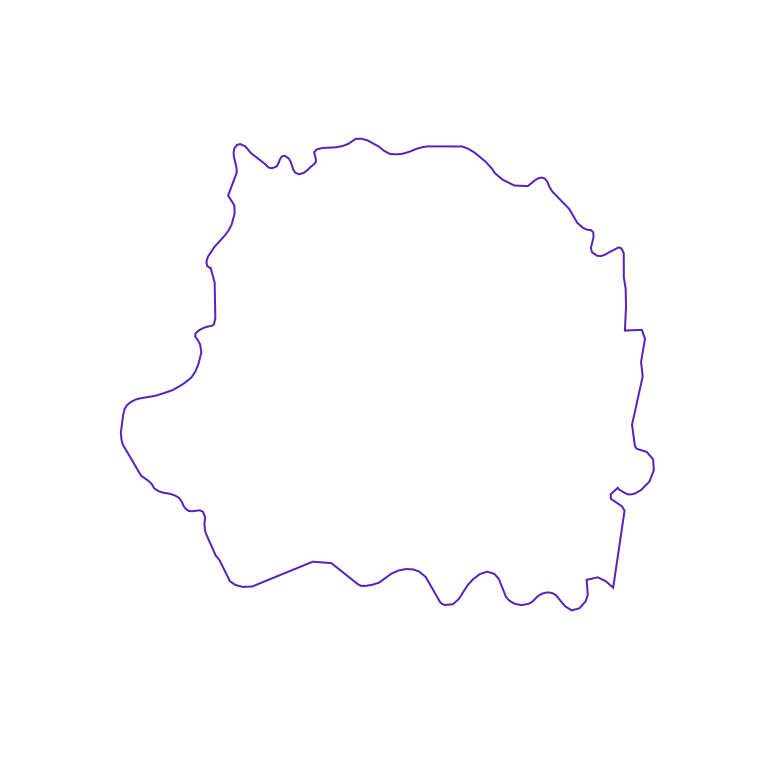 an SVG outline of Sarthe, rotated 253°
{"feature_id": "FRA-5340", "entity_name": "Sarthe", "entity_type": "Metropolitan department", "adm_level": 1, "iso_a3": "FRA", "parent_name": "France", "parent_adm1": "", "projection": "mercator", "projection_center": [0.286, 48.027], "detail": "fine", "context": "isolated", "style": "outline", "palette": "violet", "viewbox_px": 768, "rotation_deg": 253, "n_neighbors": 0, "source": "natural_earth", "source_scale": "10m", "svg_char_len": 2854}
<svg xmlns="http://www.w3.org/2000/svg" viewBox="0 0 768 768"><g transform="rotate(253 384 384)"><path d="M122.2,543.6L130.5,538.5L136.6,532.0L137.5,520.5L123.0,517.3L117.3,513.4L112.4,505.3L112.6,497.3L118.5,492.2L131.9,486.6L134.3,484.4L136.1,481.7L137.1,478.2L137.3,473.9L136.3,469.5L132.6,462.5L131.5,458.3L132.3,450.9L135.5,444.9L140.0,440.6L144.8,438.4L164.1,436.8L170.2,434.0L174.4,427.7L174.2,420.0L171.2,412.1L167.4,405.4L156.6,392.8L153.2,385.5L155.0,377.2L157.0,375.0L159.3,373.8L187.2,367.5L194.3,362.8L198.2,357.6L200.6,350.9L201.4,343.4L200.5,335.7L195.5,321.3L195.4,314.6L196.3,307.4L197.6,303.2L200.0,300.6L228.1,281.3L234.9,263.9L228.9,198.8L231.2,189.7L235.2,183.2L240.4,179.0L263.6,175.2L269.1,172.9L292.9,170.0L297.0,170.1L302.0,171.2L309.1,174.0L314.8,173.5L317.1,170.9L318.4,163.3L319.7,160.2L322.2,158.2L324.4,157.2L327.1,156.5L330.2,156.3L334.5,154.9L336.4,153.5L338.7,151.2L341.6,147.2L344.5,141.3L347.3,137.2L351.3,133.8L356.4,132.6L360.5,130.2L367.3,124.9L402.5,116.5L408.0,116.8L414.3,118.1L431.1,125.7L436.0,128.7L438.9,132.0L441.0,137.3L441.7,141.8L441.6,146.4L439.5,162.5L439.9,179.5L441.5,187.4L443.3,193.6L446.5,201.6L450.7,206.9L456.8,212.0L467.6,218.6L475.7,219.7L481.0,218.6L484.6,217.3L487.6,218.7L489.7,223.6L490.4,227.9L490.5,231.6L490.0,236.8L490.8,238.9L496.4,242.0L530.5,251.7L545.5,252.2L546.1,251.3L546.9,250.6L548.5,249.5L552.5,249.8L557.2,252.8L564.4,261.5L572.8,275.6L576.6,280.6L580.9,284.8L590.5,290.9L598.7,293.1L609.8,290.0L629.3,305.0L633.5,306.1L645.9,307.0L649.7,308.0L653.1,309.9L655.6,313.2L655.5,316.7L651.6,321.0L643.8,324.2L629.3,334.5L624.7,337.0L623.1,339.8L623.4,344.8L626.0,347.7L629.1,350.0L631.4,352.7L631.3,355.8L627.6,358.8L623.6,359.8L615.4,359.9L612.0,361.0L609.5,363.8L609.3,368.8L611.0,373.4L613.2,377.7L614.5,381.1L616.3,383.8L619.3,384.6L626.2,385.0L628.1,388.5L627.6,394.6L624.4,407.1L623.7,414.2L624.1,420.3L626.7,428.5L625.3,433.8L621.8,439.5L612.4,448.6L606.9,452.3L602.3,456.9L600.0,463.0L598.8,468.6L598.7,473.5L598.8,478.0L599.3,482.2L599.4,487.0L599.1,491.3L598.4,495.5L588.3,528.2L584.4,533.2L578.8,538.3L567.1,546.0L558.2,550.3L557.3,550.5L553.0,551.8L544.7,557.2L535.7,566.7L531.2,579.4L534.2,586.7L534.6,587.6L535.6,591.3L535.4,594.9L533.6,597.7L529.9,599.3L524.0,599.9L518.8,601.2L497.5,612.2L481.5,616.0L475.2,619.9L471.9,623.7L470.8,626.8L467.9,628.5L462.9,627.2L453.6,621.6L449.3,621.4L444.2,625.4L442.8,629.4L443.1,633.5L444.0,637.2L445.3,644.5L446.1,648.2L444.3,650.7L438.9,651.5L415.8,644.5L404.6,643.0L387.0,638.0L364.7,630.0L360.4,646.4L350.9,646.8L330.0,636.3L315.6,633.6L272.6,609.3L251.3,605.8L248.1,606.8L242.1,615.5L233.2,619.3L222.6,616.8L213.2,609.4L207.4,598.8L206.0,592.3L206.0,589.1L206.8,585.7L208.5,583.3L214.8,577.6L216.4,577.2L212.3,568.7L208.0,567.3L197.6,575.7L192.5,577.0L122.2,543.6Z" fill="none" stroke="#5b21b6" stroke-width="2"/></g></svg>